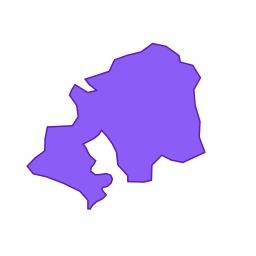 Criuleni, Equal Earth projection, rotated 111°
{"feature_id": "MDA-1634", "entity_name": "Criuleni", "entity_type": "District", "adm_level": 1, "iso_a3": "MDA", "parent_name": "Moldova", "parent_adm1": "", "projection": "equal_earth", "projection_center": [29.094, 47.155], "detail": "fine", "context": "isolated", "style": "filled", "palette": "violet", "viewbox_px": 256, "rotation_deg": 111, "n_neighbors": 0, "source": "natural_earth", "source_scale": "10m", "svg_char_len": 1103}
<svg xmlns="http://www.w3.org/2000/svg" viewBox="0 0 256 256"><g transform="rotate(111 128 128)"><path d="M60.4,154.7L52.3,143.1L40.3,135.2L38.2,121.6L42.1,106.4L47.8,102.8L46.3,90.1L55.1,78.4L68.6,80.3L82.9,73.4L96.2,63.1L110.9,58.3L123.2,47.6L140.5,64.4L142.4,76.1L141.3,86.7L154.1,92.4L168.4,87.4L172.7,93.7L178.1,108.9L172.6,111.2L166.1,124.2L154.7,130.1L148.5,136.8L143.0,145.0L139.7,151.9L139.9,151.9L145.1,153.1L150.0,156.1L157.2,162.5L159.1,164.2L161.1,160.8L167.3,154.1L170.2,146.4L173.9,146.9L178.2,148.3L181.7,147.3L183.4,141.8L181.2,136.9L178.4,132.1L178.2,127.3L181.2,124.3L185.6,124.1L189.9,126.4L190.0,126.5L192.7,130.4L192.8,130.4L194.9,130.4L198.3,124.4L202.8,126.2L203.0,126.3L207.9,130.8L208.1,130.9L212.8,133.4L217.3,134.4L217.3,134.5L217.8,136.5L209.9,139.5L204.3,150.2L202.7,168.6L202.8,187.1L204.7,200.0L199.7,208.4L189.0,203.9L179.2,197.5L167.5,201.6L155.9,203.6L145.9,180.8L135.4,178.5L125.3,183.9L118.4,194.2L112.6,194.2L106.6,193.0L109.3,178.2L104.1,170.8L101.5,179.4L97.8,185.5L81.9,165.9L69.2,165.0L60.4,154.7Z" fill="#8b5cf6" stroke="#5b21b6" stroke-width="1.5"/></g></svg>